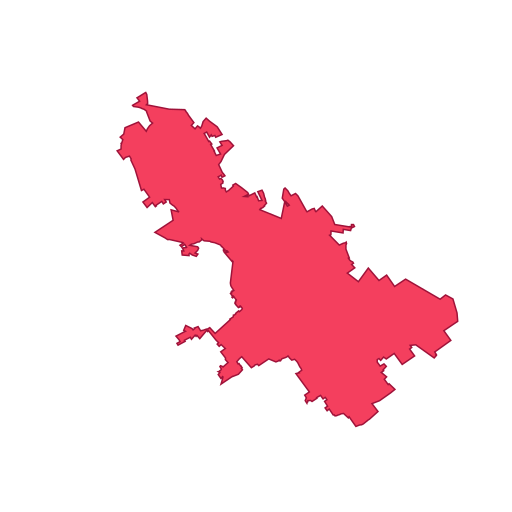 outline of Mérida, Yucatán, Mexico, rotated 138°
{"feature_id": "50627088B46902848147083", "entity_name": "Mérida", "entity_type": "district", "adm_level": 2, "iso_a3": "MEX", "parent_name": "Mexico", "parent_adm1": "Yucatán", "projection": "natural_earth1", "projection_center": [-89.615, 20.944], "detail": "fine", "context": "isolated", "style": "filled", "palette": "rose", "viewbox_px": 512, "rotation_deg": 138, "n_neighbors": 0, "source": "geoboundaries", "source_scale": "gbopen_adm2", "svg_char_len": 6100}
<svg xmlns="http://www.w3.org/2000/svg" viewBox="0 0 512 512"><g transform="rotate(138 256 256)"><path d="M295.8,62.5L292.1,61.1L290.4,59.9L288.6,59.4L282.4,59.1L280.9,58.8L269.4,58.8L268.6,68.7L261.0,65.8L247.5,64.2L242.0,63.9L242.6,72.0L243.8,72.0L243.1,78.6L239.8,78.8L240.8,85.7L237.9,85.3L237.8,86.3L233.0,86.8L233.1,90.2L237.4,91.1L236.9,96.1L235.2,97.9L233.2,97.5L233.2,95.0L228.8,95.5L228.1,92.3L218.5,91.1L219.9,77.6L205.0,75.6L204.1,84.1L201.5,83.8L201.2,86.4L196.7,83.1L191.8,61.0L188.5,61.4L188.6,62.2L187.9,62.1L187.4,65.1L167.7,62.9L166.4,74.8L149.8,72.5L144.7,79.2L138.4,92.3L141.2,100.2L148.1,100.7L160.3,138.7L173.4,140.6L171.7,154.4L181.0,155.5L180.6,171.9L197.1,168.4L199.6,182.2L190.5,181.1L190.6,185.7L188.4,185.4L188.1,186.8L188.8,188.5L189.1,190.1L188.8,192.5L188.0,192.1L184.6,200.9L181.8,204.0L180.4,204.6L179.7,206.0L180.7,206.0L182.6,207.1L186.8,208.4L187.4,222.2L186.1,221.7L183.5,224.4L175.9,214.9L173.3,217.4L168.7,211.6L166.1,213.2L166.0,212.8L163.1,212.0L162.5,214.1L164.0,215.5L165.1,214.2L165.9,214.6L166.0,214.4L166.8,215.2L167.0,215.0L176.4,226.7L173.4,234.6L173.3,248.8L181.8,248.8L181.9,249.4L180.9,252.4L182.9,253.4L188.5,254.7L188.4,256.0L184.6,272.7L184.8,276.0L189.7,277.3L189.3,280.6L188.7,283.2L188.9,287.1L190.6,287.1L197.8,281.4L198.3,277.2L198.5,276.6L197.4,276.7L197.7,274.4L197.4,274.4L197.6,272.8L197.2,272.8L197.3,271.5L199.4,272.0L198.7,275.9L198.9,276.4L199.2,276.5L212.1,267.0L222.2,287.9L220.7,288.3L220.2,287.7L218.8,287.7L218.6,287.4L216.3,287.4L216.3,287.8L212.8,288.2L212.3,290.6L211.9,290.5L210.8,292.4L210.3,294.0L208.4,297.5L207.5,300.9L211.6,302.6L214.4,293.3L217.1,295.3L215.5,299.4L216.0,299.5L214.7,303.7L220.9,305.4L222.9,306.3L222.9,306.0L225.0,308.2L220.2,306.9L219.7,308.7L221.0,316.4L222.6,323.5L225.8,324.2L226.1,323.1L232.3,323.0L235.2,323.5L234.7,325.5L233.6,326.7L234.9,328.6L235.8,329.1L236.1,329.7L234.3,332.8L231.7,332.4L231.2,333.3L230.7,333.3L230.4,333.9L230.1,335.0L230.1,336.5L230.4,337.2L231.6,337.6L231.1,340.2L229.0,339.6L227.8,339.5L228.6,337.5L228.2,337.1L225.4,336.4L225.1,339.3L225.2,340.4L222.6,348.9L218.8,349.6L211.5,352.6L198.9,353.0L198.9,358.3L199.4,360.9L200.7,361.4L204.9,364.3L206.5,365.0L207.2,360.9L212.6,362.4L214.1,355.5L218.3,357.3L217.0,362.0L216.6,361.9L215.1,369.2L213.9,368.8L213.6,372.5L214.5,372.7L212.5,381.8L209.7,381.1L211.0,375.4L208.2,376.0L208.6,374.3L205.9,373.1L206.5,371.2L199.9,369.0L198.4,377.8L198.5,378.6L200.3,387.2L200.8,391.8L205.3,391.3L209.3,388.9L211.8,388.1L212.0,390.4L212.4,391.8L216.2,391.3L216.7,396.3L212.9,396.7L212.0,405.8L211.5,407.9L211.4,410.6L211.2,410.7L211.0,412.4L222.2,423.1L236.2,441.7L234.5,441.8L233.0,443.6L229.1,449.1L228.5,451.3L228.8,451.4L238.6,453.2L238.9,448.9L246.9,450.6L247.0,449.1L244.0,445.5L242.7,443.5L242.1,441.9L241.0,439.9L240.4,436.9L240.9,436.2L244.4,427.1L243.9,424.0L248.0,424.0L251.5,423.2L254.1,422.1L253.7,434.2L267.5,439.0L272.7,435.1L277.4,435.2L277.1,431.6L280.2,429.8L280.9,430.0L281.1,429.3L282.3,428.4L284.7,425.8L288.8,427.1L289.8,416.4L287.0,416.6L283.2,414.9L283.8,411.7L284.8,411.0L287.7,401.6L297.3,381.3L294.6,380.6L295.7,370.9L303.9,371.8L304.5,364.9L297.3,365.1L297.8,360.0L296.5,359.9L296.3,360.6L289.5,359.6L290.0,356.7L286.6,356.2L286.1,359.1L282.7,355.9L284.5,352.9L284.0,349.7L283.5,348.1L283.4,345.4L283.9,341.4L283.7,340.2L288.2,347.1L293.7,338.0L315.3,341.2L311.5,330.4L310.7,327.3L309.2,326.1L301.4,315.0L301.3,314.3L305.3,314.9L305.2,312.8L301.2,312.3L301.7,308.9L302.1,308.9L305.4,311.3L305.9,309.1L306.3,308.1L307.8,309.5L310.2,306.1L305.5,301.1L304.5,302.3L303.4,302.4L302.7,299.4L300.6,295.7L297.9,296.3L299.3,299.0L295.7,299.2L293.4,300.2L293.2,301.9L298.1,308.3L296.2,308.1L294.0,306.7L289.9,305.4L288.9,304.5L285.4,304.3L284.9,305.1L284.6,302.7L284.3,301.9L280.4,297.8L280.1,296.6L277.7,293.4L275.0,287.9L275.3,286.0L275.0,285.8L275.0,281.2L276.0,282.4L276.6,281.8L276.3,281.3L277.0,280.6L277.1,279.1L274.3,279.6L274.0,279.2L274.0,277.6L277.1,279.0L277.5,267.5L276.8,268.1L276.7,267.4L293.1,253.1L294.3,251.3L294.8,250.0L295.6,245.2L297.3,246.0L297.4,245.4L298.7,245.8L298.9,244.9L300.0,245.2L300.3,242.8L300.1,242.8L300.0,241.7L301.4,241.5L301.3,240.5L299.7,240.9L300.0,237.4L299.9,236.8L300.6,236.7L300.6,236.0L302.5,235.7L302.5,234.9L303.3,234.9L303.4,233.5L303.6,233.5L303.6,229.4L302.7,229.1L302.5,229.4L301.5,229.5L301.5,228.8L301.0,228.9L301.2,226.3L302.3,225.7L305.0,225.7L305.7,225.8L305.6,226.8L308.9,227.0L309.8,226.8L309.9,226.5L311.6,226.6L312.3,227.2L313.7,226.0L317.6,226.6L317.7,225.9L338.2,225.8L338.3,233.7L341.0,234.2L341.8,234.9L344.6,236.0L347.2,237.5L346.3,242.3L350.0,243.7L350.1,243.1L352.2,243.2L352.1,244.9L354.7,251.4L359.5,249.1L358.8,247.3L369.1,250.0L369.2,245.2L369.7,243.2L373.2,244.0L373.6,241.9L365.8,240.0L365.6,241.3L359.2,239.6L359.7,237.3L354.2,237.9L354.3,236.4L353.0,236.6L353.1,232.2L342.3,233.7L342.4,232.2L341.3,232.4L342.0,220.3L341.8,216.6L343.8,216.5L343.8,213.5L341.2,213.5L340.7,207.8L346.3,208.4L346.9,200.6L348.1,199.5L348.1,195.5L354.8,195.6L355.0,196.8L355.8,198.2L356.8,198.0L357.4,195.2L359.1,194.6L359.6,195.0L360.4,194.8L361.4,195.3L360.9,193.5L363.4,193.2L364.0,188.5L361.5,188.7L361.5,188.2L365.2,185.7L367.7,184.2L354.1,182.3L354.1,182.1L348.2,179.9L342.2,180.5L342.0,182.3L341.1,182.2L340.7,184.6L341.0,184.7L340.6,187.5L341.5,187.7L341.0,190.3L337.0,190.8L334.0,190.7L334.2,176.1L330.9,175.5L329.4,175.7L327.3,174.5L327.3,172.7L315.4,171.0L312.1,164.0L309.8,163.1L308.5,163.1L308.5,162.0L307.9,161.7L306.2,162.2L305.2,162.2L302.0,160.8L299.8,160.2L299.1,160.3L299.3,157.6L299.1,154.7L296.4,153.4L296.2,151.1L296.3,149.0L297.6,144.3L297.8,142.1L298.5,140.5L302.1,140.9L302.1,140.3L305.0,141.9L307.3,119.3L312.9,120.0L313.5,116.9L316.2,115.6L316.7,112.5L315.9,113.0L315.1,113.0L314.2,113.8L312.1,112.1L311.7,110.4L305.9,109.5L305.7,110.2L301.3,109.2L301.8,104.9L299.2,104.7L299.2,103.5L299.5,101.7L302.3,102.1L303.3,96.5L306.3,96.9L306.7,93.4L304.0,93.3L305.0,86.2L304.1,85.4L304.3,84.3L302.8,83.3L302.1,83.2L299.7,82.1L298.6,81.9L296.3,80.4L295.7,73.9L294.4,74.2L295.8,62.5Z" fill="#f43f5e" stroke="#9f1239" stroke-width="1.5"/></g></svg>